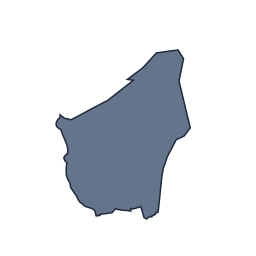 Peel en Maas, Limburg, Netherlands (orthographic projection), rotated 118°
{"feature_id": "6326949B67836908957420", "entity_name": "Peel en Maas", "entity_type": "district", "adm_level": 2, "iso_a3": "NLD", "parent_name": "Netherlands", "parent_adm1": "Limburg", "projection": "orthographic", "projection_center": [6.017, 51.331], "detail": "fine", "context": "isolated", "style": "filled", "palette": "slate", "viewbox_px": 256, "rotation_deg": 118, "n_neighbors": 0, "source": "geoboundaries", "source_scale": "gbopen_adm2", "svg_char_len": 5019}
<svg xmlns="http://www.w3.org/2000/svg" viewBox="0 0 256 256"><g transform="rotate(118 128 128)"><path d="M40.7,111.5L39.7,113.3L35.6,120.4L36.1,121.2L36.3,121.4L38.1,124.0L39.2,125.4L39.3,125.6L39.6,126.1L41.7,128.9L43.5,131.5L44.3,132.5L44.6,133.0L46.8,136.0L48.2,138.1L48.3,138.1L49.1,138.3L50.7,138.8L50.7,138.7L52.7,139.3L55.4,140.0L56.3,140.2L57.6,140.5L63.0,141.9L63.8,142.1L64.0,142.2L64.4,142.3L64.6,142.3L64.8,142.4L65.2,142.5L65.7,142.6L68.5,143.4L69.8,144.0L70.2,144.2L70.4,144.3L72.8,145.4L73.8,145.9L78.2,148.0L78.3,148.0L78.8,148.3L81.4,149.5L85.0,151.2L85.4,151.4L84.6,149.2L83.6,146.3L83.4,145.7L83.5,145.7L90.9,149.1L93.6,150.2L105.9,155.7L106.0,155.7L113.4,159.0L118.2,162.4L120.8,164.1L122.1,165.0L123.2,165.8L125.7,167.5L128.6,169.4L128.7,169.5L130.5,170.7L131.7,171.5L138.7,176.2L142.6,178.8L147.4,182.1L147.5,182.2L147.7,183.1L147.9,183.7L147.9,183.8L148.0,183.9L148.0,184.1L148.0,184.4L148.0,184.6L148.1,185.1L148.2,185.4L148.3,185.7L148.3,185.9L148.4,186.0L148.6,186.7L148.8,187.1L148.9,187.3L149.0,187.5L149.1,187.9L149.2,188.1L149.2,188.4L149.1,188.8L149.1,189.0L149.0,189.5L149.0,189.8L148.9,190.1L148.9,190.3L148.8,190.5L148.8,190.8L148.8,191.3L148.8,191.6L148.8,192.0L148.7,192.3L148.7,192.5L148.4,193.1L148.3,193.4L148.3,193.5L148.3,194.1L148.5,193.9L148.8,193.7L149.2,193.6L149.9,193.4L150.2,193.3L150.5,193.3L151.2,193.2L151.3,193.2L151.4,193.3L151.5,193.3L152.2,193.5L152.7,193.7L153.1,193.8L153.4,193.8L154.0,193.9L154.2,194.0L154.4,194.0L154.9,194.0L155.3,193.9L156.3,193.9L156.7,193.8L157.3,193.7L157.8,193.5L158.1,193.4L158.4,193.2L159.5,192.5L159.6,192.3L159.8,192.2L160.1,191.7L160.3,191.1L160.5,190.5L160.5,190.4L160.7,189.7L160.8,188.8L161.1,187.0L161.2,186.4L161.6,185.7L162.0,185.2L162.6,184.7L163.3,184.0L163.9,183.3L164.8,182.2L165.3,181.7L165.9,180.9L166.3,180.4L166.7,179.9L167.6,178.8L167.8,178.5L168.6,177.7L168.9,177.5L169.5,176.4L169.7,176.2L170.0,175.8L170.9,174.7L171.3,174.3L171.7,173.9L172.9,173.1L173.4,172.5L174.3,171.8L175.8,170.8L176.5,170.4L177.3,170.0L177.5,170.0L179.3,169.2L179.6,169.7L179.8,169.8L180.0,169.8L180.4,169.9L180.5,170.0L180.9,170.2L181.5,170.4L181.7,170.5L182.1,170.6L182.4,170.7L182.5,170.7L182.8,170.7L183.0,170.8L183.4,170.8L183.9,170.7L184.1,170.7L184.4,170.6L184.7,170.5L184.8,170.4L185.1,170.1L185.5,169.7L185.9,169.1L186.0,169.0L186.1,168.9L186.2,168.7L186.6,168.0L186.7,167.9L186.7,167.7L186.8,167.6L186.9,167.3L186.9,167.2L187.0,166.9L187.0,166.7L187.3,166.3L187.2,165.7L191.5,164.1L193.4,163.2L193.8,162.9L195.3,162.2L195.9,161.9L196.8,161.4L198.0,160.6L198.8,160.0L199.9,158.9L200.8,157.9L201.0,157.6L201.9,156.6L202.2,156.0L202.5,155.6L202.9,154.8L203.2,154.4L203.7,153.8L204.0,153.5L204.8,152.7L206.0,151.9L207.0,151.0L207.4,150.6L208.0,149.8L208.4,148.8L208.8,148.2L209.0,147.7L209.3,147.2L209.5,146.9L209.6,146.6L209.9,146.1L210.2,145.6L210.4,145.1L211.0,144.1L211.6,142.8L211.9,142.2L212.4,141.3L212.9,140.6L213.0,140.5L213.3,140.1L213.9,139.4L214.5,138.5L214.9,137.9L215.5,136.9L216.0,135.6L216.4,133.0L216.8,131.6L216.9,131.4L217.1,130.2L217.2,129.5L217.2,129.2L217.3,129.0L217.3,128.8L217.1,127.8L217.1,127.7L216.9,126.7L216.7,125.5L216.5,124.8L216.5,124.7L216.4,124.4L216.4,124.2L216.2,123.4L216.2,123.1L216.2,122.5L216.1,122.3L216.1,122.0L216.1,121.9L216.1,121.1L216.2,120.4L216.2,120.0L216.2,119.7L216.3,119.5L216.5,118.9L216.8,118.5L217.6,117.5L218.5,116.7L219.6,115.8L220.4,115.1L219.7,114.1L220.1,113.8L219.4,113.1L219.0,112.6L218.3,111.8L218.2,111.9L217.6,112.5L217.5,112.4L216.8,111.5L216.5,111.1L215.3,109.4L214.6,108.2L214.1,107.5L213.6,106.7L212.9,106.0L212.6,105.6L212.4,105.3L212.3,105.2L212.1,104.8L211.8,104.4L211.5,104.1L210.8,103.1L210.2,102.3L210.1,102.2L209.3,102.1L206.8,101.5L205.4,101.2L204.9,99.6L204.7,98.9L204.6,98.4L204.2,97.4L203.8,96.3L203.6,95.5L203.6,95.4L203.5,95.2L203.4,95.1L203.3,94.8L203.3,94.6L202.4,92.5L201.6,90.7L201.0,89.4L200.8,88.9L200.6,88.5L200.7,88.4L200.5,88.0L200.0,86.5L197.8,87.7L197.6,86.5L196.9,85.4L195.6,83.9L191.4,79.8L198.6,72.7L199.6,71.9L199.5,69.4L199.5,69.1L199.5,68.7L199.4,68.7L199.2,68.7L198.9,68.6L198.6,68.5L198.0,68.3L197.7,68.2L197.3,68.0L197.1,67.8L196.9,67.6L196.6,67.3L196.4,67.2L196.2,67.0L196.1,66.8L196.0,66.6L195.9,66.5L195.7,66.2L195.6,65.9L195.5,65.6L195.4,65.5L195.4,65.4L195.3,65.2L195.1,65.2L193.9,65.6L193.5,64.7L193.4,64.6L193.2,64.5L193.1,64.4L192.9,64.3L192.8,64.2L192.7,64.1L192.4,64.0L192.2,63.9L191.9,63.9L191.7,63.9L191.4,63.9L191.2,63.3L190.2,63.6L189.9,63.7L189.4,63.9L189.2,63.5L189.1,63.0L188.9,62.7L188.7,62.2L188.6,61.9L186.7,62.5L172.4,68.2L169.2,69.6L167.8,70.1L160.2,73.2L159.5,73.5L156.2,74.8L154.1,75.6L153.3,75.9L147.1,77.8L146.5,78.0L146.4,78.0L146.1,78.0L137.5,79.4L136.8,79.5L136.1,79.6L135.7,79.7L135.3,79.8L132.7,79.8L131.8,79.8L125.4,79.9L115.5,79.9L115.4,79.8L115.3,79.7L112.2,77.3L109.4,75.2L108.8,74.7L98.6,73.1L82.3,87.6L75.6,93.5L75.3,93.8L72.9,95.9L65.2,102.7L63.6,104.1L63.1,104.5L62.6,105.0L61.1,105.4L55.5,107.1L53.9,107.6L52.5,108.0L40.7,111.5Z" fill="#64748b" stroke="#1e293b" stroke-width="1.5"/></g></svg>